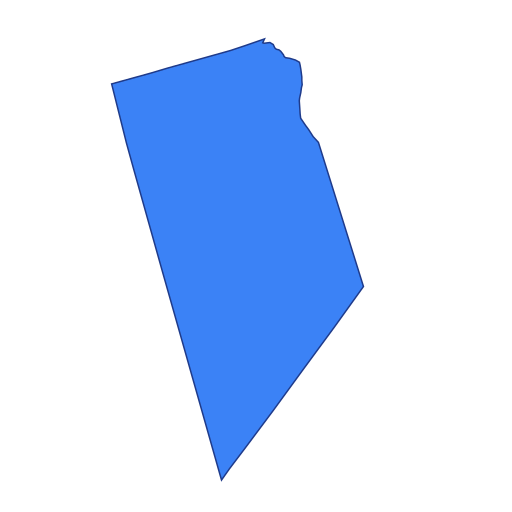 the district of Iférouane, Agadez, Niger, rotated 165°
{"feature_id": "23599985B42361363165505", "entity_name": "Iférouane", "entity_type": "district", "adm_level": 2, "iso_a3": "NER", "parent_name": "Niger", "parent_adm1": "Agadez", "projection": "equal_earth", "projection_center": [8.793, 20.451], "detail": "fine", "context": "isolated", "style": "filled", "palette": "blue", "viewbox_px": 512, "rotation_deg": 165, "n_neighbors": 0, "source": "geoboundaries", "source_scale": "gbopen_adm2", "svg_char_len": 744}
<svg xmlns="http://www.w3.org/2000/svg" viewBox="0 0 512 512"><g transform="rotate(165 256 256)"><path d="M191.6,463.5L212.4,462.0L227.4,461.1L262.5,460.7L292.3,460.4L310.4,459.9L350.9,459.6L351.9,398.9L351.7,372.7L350.4,264.4L347.3,48.5L336.9,57.2L315.3,74.0L280.0,101.8L238.7,135.1L198.8,167.0L160.1,198.7L166.3,349.6L169.9,356.5L172.4,364.4L174.3,369.2L177.2,377.5L176.6,381.8L175.5,387.2L174.0,394.8L172.9,397.5L170.5,402.1L168.5,406.9L167.1,409.4L166.3,413.7L165.4,417.1L164.4,424.6L164.0,428.8L163.9,431.9L167.2,435.1L172.2,438.2L176.1,439.9L177.2,441.4L177.4,443.2L179.1,447.3L180.5,449.2L182.8,450.4L184.0,452.2L184.6,455.8L187.3,458.6L193.1,459.4L194.3,460.2L191.6,463.5Z" fill="#3b82f6" stroke="#1e3a8a" stroke-width="1.5"/></g></svg>